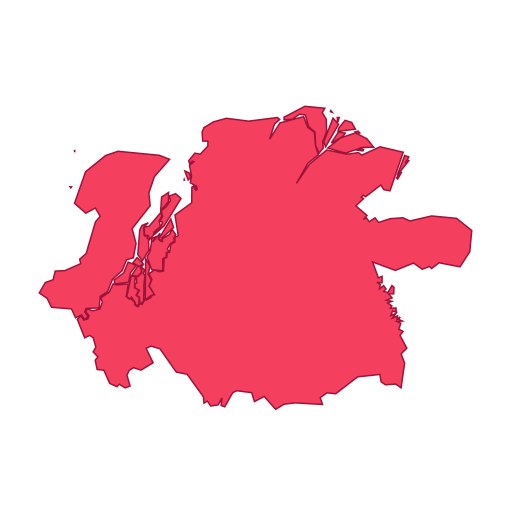 Kubu Raya, Kalimantan Barat, Indonesia (Albers equal-area conic projection), rotated 95°
{"feature_id": "22746128B69090577702614", "entity_name": "Kubu Raya", "entity_type": "district", "adm_level": 2, "iso_a3": "IDN", "parent_name": "Indonesia", "parent_adm1": "Kalimantan Barat", "projection": "albers", "projection_center": [109.326, -0.379], "detail": "fine", "context": "isolated", "style": "filled", "palette": "rose", "viewbox_px": 512, "rotation_deg": 95, "n_neighbors": 0, "source": "geoboundaries", "source_scale": "gbopen_adm2", "svg_char_len": 6178}
<svg xmlns="http://www.w3.org/2000/svg" viewBox="0 0 512 512"><g transform="rotate(95 256 256)"><path d="M395.7,381.0L398.8,374.8L396.5,370.1L385.9,374.2L381.1,372.4L377.9,368.3L379.7,360.6L371.3,349.2L357.6,357.4L354.9,352.7L356.8,343.6L378.6,325.3L379.8,314.3L400.9,296.1L407.1,295.0L404.7,291.8L409.4,288.1L407.6,280.7L400.4,277.5L407.9,277.8L409.0,274.0L394.2,267.3L391.9,263.4L392.5,248.4L401.2,244.9L395.2,235.6L407.0,223.1L401.2,215.1L398.9,204.2L398.1,176.8L391.5,179.7L386.1,173.3L386.3,164.6L367.5,144.2L363.2,122.3L370.4,120.4L373.0,115.9L371.4,105.6L374.7,100.0L349.7,98.6L340.9,102.9L334.7,97.7L322.5,105.6L318.3,102.9L316.5,107.3L310.3,105.9L309.0,109.7L308.0,104.6L306.8,108.2L304.1,107.1L307.0,110.0L303.3,109.8L306.0,114.6L301.0,111.6L303.6,116.5L299.0,115.2L299.6,111.4L295.6,112.0L296.3,117.6L293.8,116.3L291.4,120.8L289.3,116.7L288.7,122.2L285.9,116.8L282.2,120.6L281.7,115.5L275.1,115.8L273.6,118.0L280.8,121.4L280.2,125.7L277.4,123.6L274.4,126.3L278.0,130.2L273.5,129.7L271.7,133.3L271.7,128.1L265.3,128.6L267.1,132.2L251.8,139.3L258.2,115.9L249.3,98.5L254.7,89.2L251.3,82.2L253.2,80.0L246.8,73.0L249.0,51.8L233.1,43.4L211.8,43.3L201.0,59.5L200.8,84.5L207.7,105.8L205.1,112.9L207.1,125.5L211.9,136.8L207.6,140.8L212.0,146.2L208.1,149.6L210.4,152.2L205.9,149.0L197.4,160.9L189.5,153.9L188.4,156.2L186.1,154.6L187.4,152.0L174.4,137.9L178.8,134.4L179.4,128.2L139.8,118.4L136.4,141.9L146.2,159.3L144.1,163.1L146.7,174.5L144.2,194.8L160.0,210.8L180.2,222.1L159.1,212.4L149.7,202.7L140.9,206.4L127.7,208.6L123.2,215.8L113.0,220.7L121.3,243.7L138.5,252.6L123.0,249.1L117.9,244.3L116.2,246.8L122.3,275.1L121.4,297.4L126.0,309.9L132.6,319.0L137.3,320.5L146.1,319.1L145.9,313.9L150.8,313.6L159.4,320.4L158.9,325.9L167.0,331.4L169.8,330.2L167.0,327.8L167.6,326.0L171.4,330.2L182.0,327.1L188.8,327.9L191.8,321.1L194.9,320.5L195.5,321.0L195.3,322.0L192.2,324.5L193.0,325.9L208.6,324.7L222.2,340.3L242.6,335.2L244.5,338.4L249.1,338.0L251.9,341.9L259.7,342.4L260.6,344.6L265.2,344.8L266.4,347.3L279.1,346.9L280.1,351.0L278.8,356.0L283.0,361.2L288.5,357.7L295.2,359.7L303.5,353.7L304.0,355.8L306.9,357.6L309.6,361.7L309.2,362.7L307.0,363.5L310.9,363.8L314.2,365.3L313.8,366.4L314.1,367.4L313.9,368.2L316.8,368.8L316.6,370.2L315.1,372.6L312.8,372.7L310.2,375.9L308.5,376.6L309.7,377.5L310.0,378.4L307.7,381.7L295.0,380.8L297.0,392.5L296.2,395.9L305.1,399.2L311.0,406.9L315.5,405.1L322.3,406.8L324.9,413.7L323.4,419.4L326.5,420.8L330.0,417.1L333.4,418.0L334.8,422.2L330.9,425.0L334.6,428.5L352.5,419.5L349.6,414.8L351.5,411.1L360.8,407.6L365.7,409.9L370.3,404.7L373.8,407.1L382.9,404.4L383.0,397.6L395.7,390.6L398.3,383.1L395.7,381.0ZM167.2,350.5L164.1,361.2L163.7,402.5L169.0,414.6L186.9,433.1L219.3,441.4L228.2,429.3L222.2,420.2L230.1,414.7L235.9,418.9L268.3,425.4L274.6,431.4L278.9,429.9L287.2,445.1L288.5,454.7L297.4,456.1L300.8,463.6L311.7,468.7L316.4,460.4L324.9,455.3L324.8,435.2L333.2,430.4L329.9,424.6L334.0,421.2L331.1,418.0L326.6,421.8L323.0,420.6L321.4,407.7L309.8,407.7L304.3,400.7L291.8,397.0L282.3,388.1L271.0,384.6L268.5,378.0L253.9,376.6L239.6,381.8L215.1,365.8L202.6,368.2L185.9,364.2L167.2,350.5ZM125.8,196.5L113.5,198.0L107.4,202.5L102.8,200.3L102.6,220.3L115.3,240.2L117.9,239.9L116.7,231.9L111.1,225.2L111.1,219.2L122.3,215.0L127.5,208.0L140.9,206.2L147.9,202.0L142.6,198.3L136.5,199.5L125.8,196.5ZM245.1,339.4L241.7,337.8L236.8,341.9L242.2,344.1L246.7,350.7L249.7,350.5L249.6,352.3L247.8,354.8L241.7,353.6L250.1,359.5L250.4,359.9L250.4,361.3L260.6,361.9L266.3,364.5L278.7,358.7L278.9,347.6L266.8,348.6L264.9,345.4L260.3,345.6L259.4,343.0L256.6,344.9L251.3,342.4L248.3,338.6L245.1,339.4ZM145.7,175.6L138.6,159.8L137.4,148.3L129.5,155.8L124.7,167.7L131.1,182.3L142.2,193.9L145.7,175.6ZM205.2,335.7L200.9,341.5L203.9,347.7L208.2,346.0L214.4,349.5L219.3,354.2L225.1,352.5L229.5,354.8L230.4,352.3L231.3,352.2L235.5,353.6L240.0,356.7L241.4,359.4L243.0,358.6L234.1,350.2L205.2,335.7ZM259.5,363.2L249.5,364.4L248.1,363.3L248.2,365.5L247.9,365.9L245.0,365.9L245.9,368.0L245.2,369.2L238.1,370.4L236.5,370.1L232.3,366.2L235.5,372.3L240.3,374.1L264.8,373.9L270.7,368.8L259.5,363.2ZM311.2,364.1L300.1,364.6L295.2,365.2L285.3,364.9L283.3,366.7L279.5,365.8L277.2,368.9L282.7,368.4L286.7,371.7L287.2,373.5L293.2,372.4L294.3,374.2L298.3,373.7L300.3,369.2L305.6,371.6L306.7,369.1L307.6,368.4L314.0,367.7L311.2,364.1ZM283.9,379.6L275.8,374.5L273.2,382.8L284.4,386.4L292.3,395.2L296.1,394.1L293.2,380.7L283.9,379.6ZM235.0,353.9L229.3,355.5L224.1,353.1L221.3,354.8L235.6,365.1L236.9,369.8L245.1,368.9L245.0,365.5L248.2,363.1L249.8,364.1L244.0,359.9L241.1,359.8L235.0,353.9ZM309.1,362.5L304.3,356.7L303.2,353.9L295.2,360.1L289.1,358.2L283.6,361.8L275.6,360.7L268.2,365.8L309.1,362.5ZM141.2,196.2L117.6,185.2L111.9,191.3L136.5,198.5L141.2,196.2ZM314.8,368.6L307.8,368.7L305.5,372.0L300.3,369.9L298.2,374.3L286.6,374.7L287.0,378.6L307.6,381.1L309.7,378.2L307.8,376.4L312.7,372.4L315.8,371.4L314.8,368.6ZM234.8,340.6L226.5,344.1L247.7,354.5L249.1,351.3L246.2,351.2L234.8,340.6ZM124.7,185.2L121.0,168.0L114.6,172.3L113.1,179.1L121.2,184.6L124.7,185.2ZM147.0,111.6L150.3,115.4L144.1,112.4L142.9,116.6L163.3,122.4L147.0,111.6ZM209.4,348.0L200.3,348.6L205.5,355.2L219.1,354.9L209.4,348.0ZM136.9,190.9L129.2,179.8L125.8,177.8L125.4,184.7L136.9,190.9ZM277.5,369.8L274.5,367.4L276.6,369.7L276.9,373.2L286.2,378.2L286.5,372.2L282.1,368.6L277.5,369.8ZM273.5,378.1L276.7,371.7L273.8,367.5L267.9,374.3L273.5,378.1ZM183.5,327.9L179.1,329.7L177.5,334.3L186.2,330.2L183.5,327.9ZM245.8,358.0L247.6,361.3L250.1,361.5L250.0,359.6L245.8,358.0ZM141.8,163.4L142.0,158.6L140.4,158.1L140.1,160.0L141.8,163.4ZM123.7,168.0L125.3,165.5L124.4,163.3L122.7,165.1L123.7,168.0ZM195.1,322.0L192.2,321.2L191.9,323.8L195.1,322.0ZM110.8,185.1L110.9,187.1L114.9,186.6L114.9,186.0L110.8,185.1ZM164.8,122.2L163.8,120.1L161.0,118.9L163.0,121.3L164.8,122.2ZM166.1,122.7L167.0,121.6L164.9,120.6L166.1,122.7ZM105.7,194.5L106.2,192.6L104.6,194.1L105.7,194.5ZM168.4,445.5L166.8,445.8L167.0,446.1L168.4,445.5ZM204.3,446.4L203.2,445.8L203.3,447.3L204.3,446.4ZM160.3,119.0L160.7,118.7L159.5,118.1L160.3,119.0ZM186.6,334.3L186.6,333.9L186.0,334.2L186.6,334.3Z" fill="#f43f5e" stroke="#9f1239" stroke-width="1.5"/></g></svg>